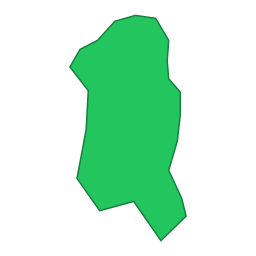 outline of Kalo Chorio Oreinis, Nicosia, Cyprus
{"feature_id": "46923920B53942944533329", "entity_name": "Kalo Chorio Oreinis", "entity_type": "district", "adm_level": 2, "iso_a3": "CYP", "parent_name": "Cyprus", "parent_adm1": "Nicosia", "projection": "natural_earth1", "projection_center": [33.158, 35.002], "detail": "fine", "context": "isolated", "style": "filled", "palette": "green", "viewbox_px": 256, "rotation_deg": 0, "n_neighbors": 0, "source": "geoboundaries", "source_scale": "gbopen_adm2", "svg_char_len": 377}
<svg xmlns="http://www.w3.org/2000/svg" viewBox="0 0 256 256"><path d="M114.9,21.3L97.5,40.4L80.1,49.3L69.9,67.0L88.3,90.7L86.1,129.9L77.0,178.4L99.7,210.7L133.7,201.4L160.9,240.6L186.1,216.1L181.7,198.4L168.7,170.3L177.4,140.8L180.3,114.2L180.3,92.1L168.7,78.8L167.2,61.1L168.7,40.4L155.6,18.3L135.3,15.4L114.9,21.3Z" fill="#22c55e" stroke="#15803d" stroke-width="1.5"/></svg>